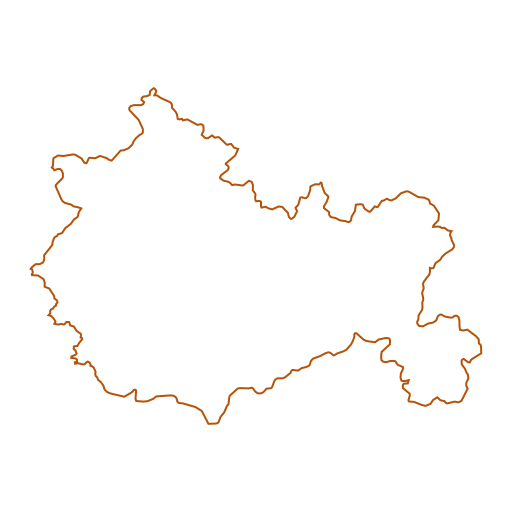 outline of Nguyen Binh, Cao Bằng, Vietnam
{"feature_id": "81297802B34664406606726", "entity_name": "Nguyen Binh", "entity_type": "district", "adm_level": 2, "iso_a3": "VNM", "parent_name": "Vietnam", "parent_adm1": "Cao Bằng", "projection": "orthographic", "projection_center": [105.947, 22.647], "detail": "fine", "context": "isolated", "style": "outline", "palette": "amber", "viewbox_px": 512, "rotation_deg": 0, "n_neighbors": 0, "source": "geoboundaries", "source_scale": "gbopen_adm2", "svg_char_len": 5993}
<svg xmlns="http://www.w3.org/2000/svg" viewBox="0 0 512 512"><path d="M208.4,423.8L215.6,423.6L217.6,423.1L218.7,421.8L220.6,416.8L224.1,412.5L227.1,405.7L228.5,404.1L229.3,397.2L229.9,395.6L237.6,388.6L240.0,388.1L248.4,388.4L251.8,387.7L252.9,388.3L255.1,391.4L257.6,393.3L261.0,393.4L263.4,392.2L266.5,388.7L271.0,388.2L272.0,387.3L274.7,380.3L275.9,379.2L277.6,378.3L282.6,378.3L285.1,377.3L290.5,372.9L291.3,371.0L292.4,369.9L298.0,370.6L301.7,368.1L306.0,367.1L309.0,365.7L309.6,365.2L311.0,360.8L313.1,358.6L320.3,356.0L325.3,353.3L328.3,352.3L330.0,352.6L333.5,355.4L334.6,355.1L337.1,353.5L343.5,351.3L346.4,349.7L351.0,344.5L353.0,340.7L354.4,336.4L354.3,334.4L355.1,333.2L356.5,333.3L363.4,339.5L365.9,340.8L368.1,341.3L375.1,342.2L378.7,339.5L385.8,338.0L388.9,338.3L389.7,339.2L390.1,341.0L389.8,344.4L381.6,351.9L381.1,357.6L381.5,360.3L383.3,361.7L386.2,362.2L390.3,361.0L394.3,360.9L395.3,361.3L397.7,364.8L402.9,367.0L403.1,368.1L402.7,369.9L400.9,373.2L400.5,377.7L401.4,380.4L402.1,381.0L405.0,381.1L408.7,380.2L407.8,383.4L404.1,383.7L403.1,384.5L402.7,386.3L403.0,388.2L409.6,393.6L409.8,395.6L408.5,399.9L408.6,401.0L409.1,401.5L414.1,401.9L421.6,404.9L425.5,405.9L430.5,403.8L433.1,400.0L437.3,397.3L440.5,400.3L444.4,401.1L445.9,402.9L447.1,403.4L454.8,401.6L458.4,402.4L461.5,400.8L467.6,388.7L466.3,385.8L466.2,383.9L466.6,382.0L468.4,378.5L467.8,374.3L466.7,373.0L464.9,368.7L461.7,364.2L461.6,360.8L462.2,359.6L463.7,358.9L468.0,362.2L469.9,362.4L471.0,359.9L472.1,359.0L481.3,353.3L481.0,346.6L480.6,344.8L478.9,343.5L478.7,339.2L476.1,336.3L467.3,329.6L463.1,330.5L460.1,329.9L459.5,326.6L459.4,320.3L458.6,317.3L457.0,315.8L455.4,315.7L453.8,316.3L452.9,317.4L450.6,317.6L445.0,316.6L441.2,314.5L440.3,314.5L437.9,316.1L436.1,320.6L433.0,322.6L428.2,323.5L422.8,326.4L419.0,325.9L417.3,323.6L417.2,321.7L418.3,319.6L418.6,315.4L422.1,309.8L422.5,307.9L422.3,302.4L423.2,300.0L423.2,298.1L422.1,293.0L423.7,288.3L423.0,283.7L423.9,281.6L429.4,274.4L430.0,271.5L429.9,267.9L431.5,268.4L433.4,268.1L435.4,263.3L440.4,259.6L442.0,256.8L445.6,253.5L452.4,249.2L453.8,247.4L454.0,246.1L453.9,244.7L451.4,239.6L451.4,238.0L450.0,235.5L450.2,233.3L451.5,231.1L447.9,230.5L444.4,227.8L441.7,228.0L440.3,227.0L437.7,226.5L433.1,226.9L433.6,225.2L438.4,220.3L439.0,213.5L433.9,205.7L429.9,203.4L429.7,201.6L428.7,199.7L424.5,197.7L418.3,197.1L409.8,192.2L407.9,191.4L406.1,191.4L400.9,193.3L395.7,198.4L391.5,200.4L389.5,200.1L386.9,198.7L383.1,200.8L381.8,200.8L377.9,206.8L376.8,207.1L374.8,206.4L370.2,211.7L369.4,211.8L367.4,210.7L364.3,208.4L362.8,204.7L360.7,204.2L355.9,204.7L354.9,211.1L351.6,216.7L351.0,220.3L349.6,221.8L348.3,222.1L345.3,221.1L340.0,220.4L335.5,218.0L330.8,217.1L329.1,214.6L329.2,212.2L324.0,208.1L323.9,206.4L326.5,202.2L328.3,197.3L328.2,196.3L324.7,193.0L322.1,186.1L321.6,182.9L321.0,182.5L319.1,184.4L315.0,184.3L310.9,186.2L310.4,186.7L310.1,190.3L308.1,196.1L306.2,198.1L304.8,198.2L301.7,197.2L300.2,197.7L298.3,204.7L295.5,207.9L297.1,211.2L294.4,216.7L291.7,218.8L291.0,219.0L288.9,217.0L287.9,212.8L282.2,206.9L278.5,206.5L272.2,209.4L268.5,208.3L265.4,206.7L261.7,207.6L261.0,206.8L261.0,202.0L260.5,201.4L259.0,200.8L256.2,201.3L255.5,200.4L255.1,197.6L255.5,194.7L255.1,193.4L252.8,190.3L252.9,184.9L251.6,181.8L248.9,180.8L243.4,185.3L242.4,185.5L235.0,184.5L232.2,185.2L230.0,182.8L228.3,181.8L223.7,180.7L220.2,178.4L220.0,177.4L221.1,175.2L227.8,170.0L228.7,168.2L228.4,166.3L225.7,164.1L225.8,163.5L235.1,155.6L238.2,149.0L234.1,147.7L231.2,144.0L229.8,144.0L227.6,144.8L226.5,144.5L219.2,137.4L218.2,137.1L214.9,137.7L212.0,135.4L208.1,138.1L206.2,138.3L204.8,137.7L201.7,134.8L203.6,130.7L203.4,126.0L202.5,124.7L200.7,124.2L197.4,124.9L187.3,119.4L183.0,120.4L182.1,118.9L179.3,119.4L177.7,118.9L177.0,114.4L175.7,111.9L172.1,107.8L171.8,104.3L171.2,103.2L170.2,102.2L161.0,98.1L157.0,95.4L154.4,95.3L156.2,91.7L156.2,90.7L154.8,88.7L153.6,88.2L150.5,90.8L150.0,91.7L149.7,95.0L146.6,96.2L143.2,96.6L141.8,98.0L141.5,100.0L144.1,102.0L143.3,104.0L141.2,105.1L134.0,105.1L130.6,106.2L129.3,107.8L129.2,109.1L129.8,110.5L138.7,119.9L142.8,128.9L142.9,132.5L141.7,133.9L139.5,135.0L135.7,138.5L133.3,141.8L132.3,144.6L128.6,148.2L123.9,150.2L120.6,150.6L111.7,160.6L109.2,159.9L106.8,158.2L100.0,155.9L95.1,158.3L90.0,157.7L88.8,158.2L86.8,162.7L86.1,163.3L84.3,162.7L81.6,158.5L75.3,154.8L73.3,154.4L63.4,156.0L58.0,155.5L53.4,158.3L52.9,165.7L51.8,167.6L53.2,168.5L54.3,170.3L58.0,168.9L60.1,169.0L61.8,170.7L62.9,173.5L62.9,177.3L62.4,178.2L55.9,184.9L55.6,186.1L61.3,199.2L62.7,201.4L64.9,202.9L71.2,204.6L73.8,206.5L77.2,207.0L81.3,208.4L78.8,212.2L77.6,217.0L74.0,219.4L70.8,223.9L65.3,228.1L62.0,233.1L58.0,234.3L56.9,236.1L54.9,237.0L54.2,238.0L52.7,241.7L52.2,245.1L44.2,255.2L44.2,259.7L43.0,262.5L39.8,264.1L35.6,264.2L31.7,267.4L30.7,268.9L32.1,269.4L32.8,272.0L32.6,273.2L31.8,274.2L32.0,275.1L38.0,275.5L43.6,279.2L44.8,283.1L44.6,286.7L49.2,288.5L54.1,295.9L54.4,298.4L56.9,300.4L57.3,301.2L57.5,302.4L56.0,304.2L56.1,305.5L54.0,306.8L53.1,308.5L50.7,309.7L50.1,311.4L50.3,313.2L48.5,315.2L51.3,316.0L53.8,318.6L55.5,321.7L54.4,323.8L58.3,324.6L61.3,323.9L63.8,324.5L64.5,324.3L66.3,322.0L69.2,322.1L70.2,325.4L73.9,326.5L76.6,330.9L80.7,333.7L81.0,335.2L80.6,337.5L81.9,338.0L82.3,339.1L79.1,343.0L77.3,346.0L74.2,346.3L73.8,346.9L73.7,349.0L75.4,350.4L76.6,353.5L75.7,354.7L71.6,356.4L71.2,357.8L75.7,358.5L76.9,359.5L77.1,361.7L74.9,362.3L75.1,363.8L77.6,363.2L83.4,364.4L84.8,364.2L86.1,362.5L87.7,361.6L89.5,362.5L90.5,364.2L90.4,365.8L92.0,366.2L93.8,367.7L95.6,371.9L95.2,373.8L95.7,376.0L97.1,377.1L98.1,379.9L100.8,382.0L103.3,385.5L104.5,389.4L106.9,391.9L110.6,393.5L124.2,396.7L130.7,393.0L132.6,391.6L133.6,390.1L134.9,389.6L135.7,389.9L136.1,391.0L135.5,398.7L136.2,401.0L143.5,401.6L147.5,401.2L153.3,398.8L156.3,396.4L170.1,395.4L173.1,395.6L175.2,396.7L176.4,398.0L177.5,401.8L178.9,403.0L182.9,403.4L195.6,407.1L201.9,411.1L208.4,423.8Z" fill="none" stroke="#b45309" stroke-width="2"/></svg>